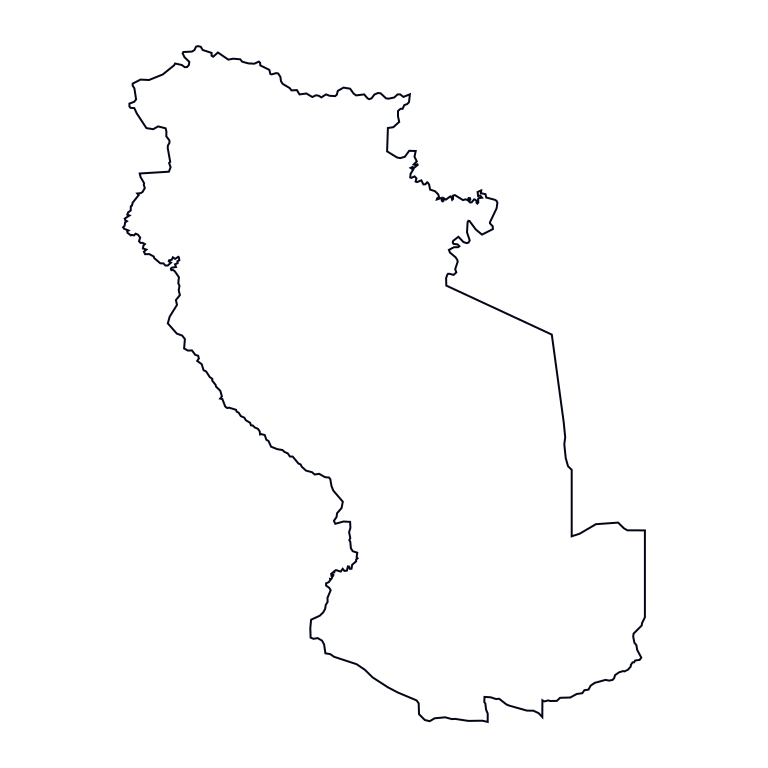 Cascales, Sucumbios, Ecuador (Mercator projection)
{"feature_id": "8360857B63398910527025", "entity_name": "Cascales", "entity_type": "district", "adm_level": 2, "iso_a3": "ECU", "parent_name": "Ecuador", "parent_adm1": "Sucumbios", "projection": "mercator", "projection_center": [-77.299, 0.15], "detail": "fine", "context": "isolated", "style": "outline", "palette": "ink", "viewbox_px": 768, "rotation_deg": 0, "n_neighbors": 0, "source": "geoboundaries", "source_scale": "gbopen_adm2", "svg_char_len": 6050}
<svg xmlns="http://www.w3.org/2000/svg" viewBox="0 0 768 768"><path d="M409.9,94.3L403.4,96.9L400.2,94.4L397.6,94.4L394.2,97.5L388.4,98.7L386.0,98.3L380.6,93.3L378.0,93.0L374.3,94.6L371.6,98.3L369.2,99.2L367.5,98.3L364.2,94.4L356.2,95.4L353.7,93.7L350.1,88.7L343.5,87.6L337.8,90.9L336.8,94.7L335.2,96.1L329.7,95.8L326.0,94.4L321.3,97.4L318.7,95.7L316.0,95.3L312.3,97.0L306.4,93.5L299.5,94.4L296.9,90.1L291.5,90.4L289.6,88.0L282.6,83.8L281.0,81.2L280.4,76.9L278.2,73.5L276.2,73.1L271.6,74.4L270.3,73.9L269.4,69.9L260.3,65.4L260.1,62.8L258.9,61.6L254.3,63.7L248.4,63.4L242.2,61.7L240.2,59.3L233.3,58.7L228.3,59.6L217.9,52.5L213.2,56.7L211.6,55.7L211.6,52.9L202.7,50.0L200.8,46.8L198.0,46.1L196.0,46.7L194.4,50.1L191.9,51.6L183.4,52.0L182.6,53.3L184.5,57.2L189.3,61.9L188.9,64.9L187.1,67.0L184.8,67.2L181.8,65.0L175.1,63.5L174.1,65.3L162.7,74.5L149.0,80.0L140.5,79.6L132.7,83.6L132.6,85.5L134.4,88.4L136.1,99.4L134.2,101.8L129.4,103.6L129.4,106.4L130.4,107.8L134.3,108.1L136.8,113.5L146.4,128.1L153.2,129.2L158.1,126.4L165.6,128.3L166.4,131.4L166.3,136.3L169.4,140.4L169.5,142.8L167.9,145.5L167.7,147.9L170.2,161.8L169.1,163.0L170.6,167.2L168.9,171.7L139.7,173.5L140.6,177.1L144.1,183.2L143.8,184.9L144.8,188.1L142.6,191.9L140.8,193.1L137.3,193.5L138.7,195.1L132.7,202.6L131.9,205.7L130.8,206.3L130.7,210.5L128.1,212.4L127.3,214.7L129.5,215.5L124.7,218.6L125.3,220.3L126.9,221.2L125.1,222.4L124.6,225.7L123.1,227.4L124.2,228.8L128.5,230.5L127.2,231.3L127.5,232.8L130.9,235.4L131.7,234.9L134.1,235.4L135.6,233.7L138.0,234.7L140.2,237.6L139.0,241.2L140.5,242.9L142.5,242.8L144.9,244.1L143.5,245.4L142.9,248.4L146.4,249.6L143.9,251.7L145.1,254.2L149.3,254.1L153.7,256.5L154.3,258.2L160.3,263.3L163.4,263.4L165.4,265.5L167.8,265.5L171.0,262.6L168.8,261.3L169.1,260.3L171.7,259.8L172.9,257.3L175.1,258.9L178.3,256.8L178.9,257.3L179.3,260.3L177.4,261.3L177.6,263.2L175.0,264.3L176.0,267.0L171.6,267.7L170.8,268.9L171.4,270.2L173.0,269.9L174.9,271.4L178.9,277.2L178.3,283.3L179.5,285.8L178.7,290.3L179.9,295.1L175.9,300.1L177.0,304.9L169.7,316.6L167.8,323.4L176.8,333.6L182.2,335.6L184.9,339.1L184.1,348.5L188.0,350.6L191.9,350.4L195.3,354.9L198.1,355.7L198.9,358.4L197.2,360.9L201.7,364.2L203.6,370.3L206.1,371.4L209.7,377.0L212.3,378.9L212.2,380.6L215.6,384.9L216.1,386.7L220.3,390.8L221.9,396.4L220.2,398.6L222.4,399.1L225.2,406.5L227.1,408.0L229.2,407.7L236.0,409.8L236.7,411.7L238.7,412.7L240.8,416.1L244.4,417.7L245.8,420.2L250.2,422.9L250.9,425.3L252.8,425.5L254.8,427.5L257.9,428.8L259.7,431.4L260.1,434.5L261.4,434.1L264.8,435.1L266.3,439.7L268.5,441.0L271.1,446.7L277.4,449.2L282.4,450.0L284.6,452.0L287.8,453.4L289.9,456.5L292.7,456.6L298.4,463.5L300.7,464.5L301.7,466.7L306.0,470.6L312.0,472.2L314.7,474.5L319.1,473.8L325.1,477.2L329.0,477.5L330.3,479.2L331.5,486.1L333.3,490.6L342.8,501.7L341.6,508.0L337.1,513.2L336.5,517.1L333.9,520.8L335.3,523.8L343.5,521.5L350.1,521.9L350.4,527.9L349.1,532.2L350.3,538.2L349.3,540.1L350.3,541.8L350.9,548.3L352.7,551.2L357.3,552.7L356.6,557.1L357.6,558.3L356.1,559.5L356.1,561.4L352.2,564.7L351.5,568.7L349.7,568.8L349.1,566.6L347.9,566.4L346.9,570.6L344.4,570.9L342.7,568.8L340.7,571.6L336.0,570.1L334.2,571.3L334.2,572.3L333.3,572.1L331.2,573.8L331.3,574.7L332.1,573.8L333.4,574.8L333.2,575.8L332.1,575.9L332.1,577.7L331.0,579.3L330.1,579.0L330.3,580.1L328.7,582.2L326.1,583.3L326.1,585.6L329.2,587.8L330.7,590.2L327.5,597.8L327.6,602.0L325.8,604.8L325.1,609.0L323.2,612.4L319.8,615.7L311.1,619.7L310.3,628.1L310.6,637.6L313.5,638.8L317.7,638.1L322.1,640.7L324.1,644.5L325.4,653.3L330.2,654.1L334.1,656.8L356.6,664.2L364.9,669.8L372.6,677.4L387.9,687.3L397.8,692.5L416.6,700.4L418.7,703.4L419.0,714.2L424.8,720.0L429.7,721.2L434.6,718.3L445.2,717.3L451.8,719.1L455.2,718.9L468.3,720.9L482.3,720.7L487.7,721.9L487.7,713.6L486.1,709.7L485.3,703.4L484.3,702.1L484.5,696.9L490.7,697.3L495.9,699.0L499.2,698.8L506.5,704.5L509.5,705.7L526.9,710.6L533.4,710.7L538.7,713.2L542.3,717.1L542.4,700.3L544.3,701.4L548.5,700.4L550.1,701.0L556.8,700.9L560.1,697.8L570.3,697.5L576.7,694.0L582.3,693.2L584.4,690.2L588.5,689.6L590.6,685.7L594.6,682.9L605.5,679.9L609.2,680.6L612.6,679.9L614.1,678.2L615.1,675.1L619.1,672.3L623.1,671.1L624.4,671.4L628.0,669.7L630.7,666.6L630.9,664.8L632.6,662.4L634.1,662.3L635.2,660.5L639.6,659.9L641.3,657.6L637.2,650.0L636.4,645.2L634.4,642.7L633.2,636.7L633.6,633.6L641.7,625.5L642.0,623.2L644.9,617.3L644.9,530.4L627.4,530.3L623.9,528.3L618.1,522.6L595.9,524.2L579.7,533.7L571.7,536.3L571.7,469.8L568.0,466.2L565.7,458.0L564.3,444.3L565.2,437.2L563.7,422.2L551.8,334.6L446.3,285.6L446.1,278.1L447.3,274.7L448.0,273.8L449.5,273.8L453.6,274.9L456.3,272.4L455.2,269.1L457.7,261.7L457.3,259.9L455.6,257.3L450.0,252.6L448.9,249.9L454.0,247.2L458.1,247.2L459.4,246.2L457.6,244.4L453.5,243.9L452.7,242.4L453.2,240.8L458.4,236.8L463.4,242.0L466.6,243.1L468.5,242.6L469.7,240.4L467.0,232.3L467.6,222.2L468.4,220.8L469.5,221.0L475.8,229.5L482.0,234.6L492.9,229.1L492.7,226.3L490.0,223.4L489.9,222.4L496.6,208.3L497.4,202.8L496.5,200.8L494.9,199.8L486.2,197.5L485.5,194.2L480.9,193.2L481.2,190.4L477.6,192.0L478.1,196.1L480.2,195.5L482.0,197.7L479.0,198.1L478.1,199.0L478.3,202.5L477.3,203.6L476.5,202.7L476.6,201.0L475.1,199.6L474.1,199.4L471.8,202.2L470.3,202.6L469.1,201.5L470.3,199.4L470.0,198.2L468.7,198.0L467.6,200.2L465.6,199.3L463.0,200.1L454.9,195.1L453.1,195.6L453.0,199.0L452.2,199.8L451.2,196.6L450.3,196.4L445.9,199.6L443.7,198.2L443.6,200.7L442.8,201.4L441.8,200.7L441.6,197.9L436.8,199.5L437.1,198.4L439.1,197.2L438.1,194.2L434.8,191.1L430.1,189.6L429.1,184.5L427.9,182.8L427.1,182.3L425.4,184.3L423.4,184.4L421.3,180.3L417.1,182.1L415.6,181.6L416.4,178.3L414.6,176.4L411.3,177.9L410.2,177.4L410.6,173.8L413.2,169.6L410.6,167.9L412.6,166.9L413.7,168.2L417.7,164.9L417.4,164.3L415.1,165.0L413.7,164.5L416.8,161.4L414.5,156.8L415.7,151.0L409.2,150.8L404.8,156.8L400.2,158.1L397.1,157.5L387.1,151.4L387.9,128.0L393.3,127.2L399.2,121.9L398.0,116.3L398.0,111.0L400.5,108.8L402.6,108.8L404.3,105.1L407.1,104.1L409.0,102.2L409.9,94.3Z" fill="none" stroke="#020617" stroke-width="2"/></svg>